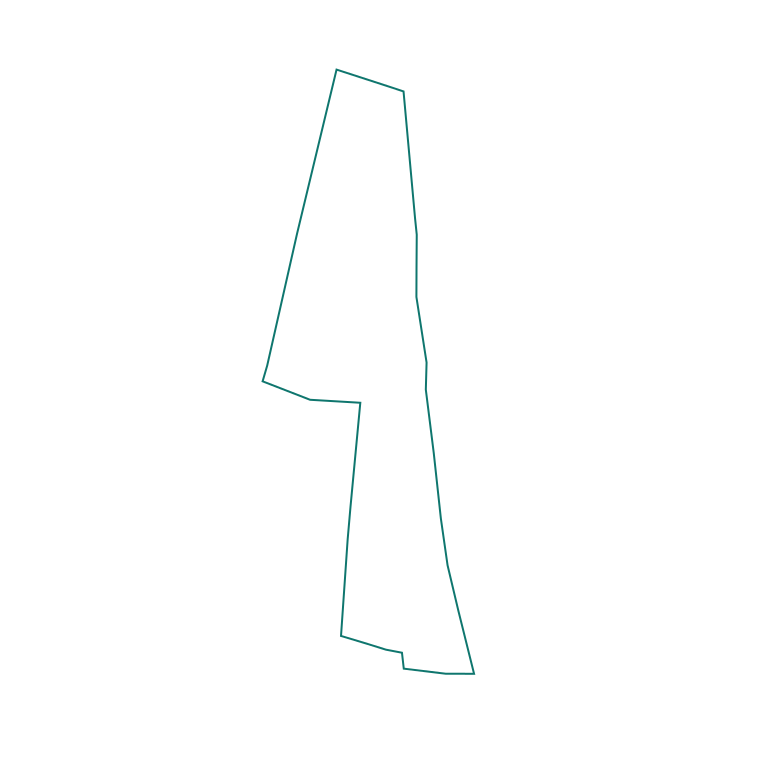 the district of Vaiaku, Tuvalu, rotated 150°
{"feature_id": "33948139B90753952930446", "entity_name": "Vaiaku", "entity_type": "district", "adm_level": 2, "iso_a3": "TUV", "parent_name": "Tuvalu", "parent_adm1": "", "projection": "equal_earth", "projection_center": [179.194, -8.526], "detail": "fine", "context": "isolated", "style": "outline", "palette": "teal", "viewbox_px": 768, "rotation_deg": 150, "n_neighbors": 0, "source": "geoboundaries", "source_scale": "gbopen_adm2", "svg_char_len": 500}
<svg xmlns="http://www.w3.org/2000/svg" viewBox="0 0 768 768"><g transform="rotate(150 384 384)"><path d="M450.9,88.0L432.9,150.7L419.6,195.2L402.0,239.1L375.4,299.4L350.6,358.2L336.4,381.3L312.4,443.2L297.9,468.1L281.0,496.9L274.2,512.1L220.8,627.6L230.5,638.5L267.9,680.0L384.0,557.8L475.9,458.4L487.8,447.0L455.9,407.3L413.9,379.6L474.7,294.0L493.1,267.7L547.2,187.3L528.2,167.1L515.2,153.0L502.8,142.3L509.2,127.6L475.5,102.3L450.9,88.0Z" fill="none" stroke="#0f766e" stroke-width="2"/></g></svg>